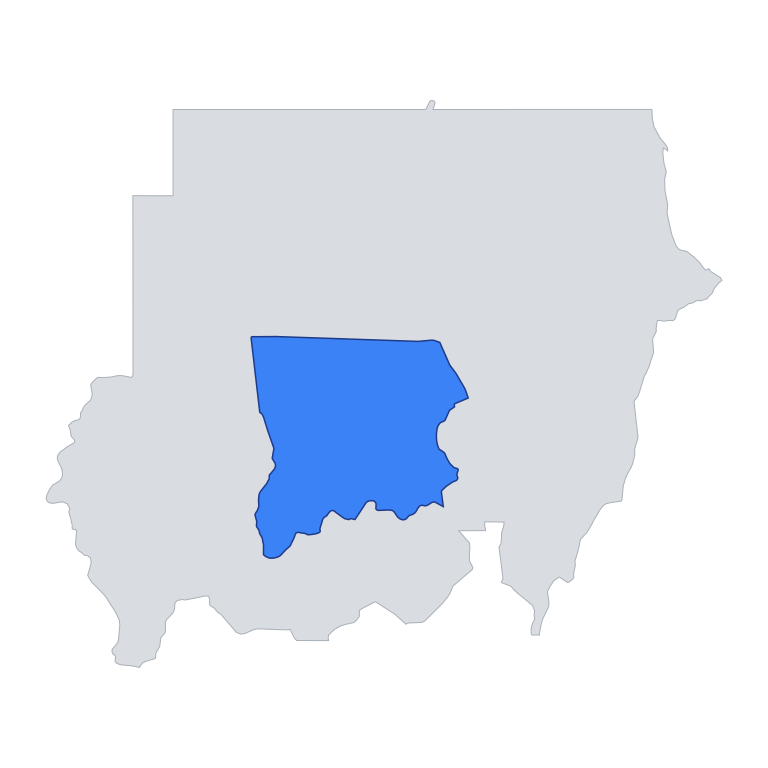 North Kordufan highlighted on a map of Sudan
{"feature_id": "SDN-883", "entity_name": "North Kordufan", "entity_type": "State", "adm_level": 1, "iso_a3": "SDN", "parent_name": "Sudan", "parent_adm1": "", "projection": "mercator", "projection_center": [29.791, 14.01], "detail": "fine", "context": "in_parent", "style": "filled", "palette": "blue", "viewbox_px": 768, "rotation_deg": 0, "n_neighbors": 0, "source": "natural_earth", "source_scale": "10m", "svg_char_len": 6683}
<svg xmlns="http://www.w3.org/2000/svg" viewBox="0 0 768 768"><path d="M539.5,635.0L531.9,635.0L531.1,633.2L531.2,628.3L532.1,624.6L534.8,618.7L534.1,615.5L534.6,610.8L532.6,605.6L514.5,590.5L511.0,586.3L501.3,582.5L503.0,578.2L499.0,547.2L501.0,543.6L501.5,538.2L501.5,533.4L503.8,525.4L504.1,522.1L484.8,521.8L484.6,525.3L485.5,529.1L485.4,530.6L458.7,530.7L469.4,542.9L469.9,548.3L469.3,554.9L469.4,559.2L470.0,562.0L472.9,567.4L472.7,568.4L472.1,569.7L453.1,585.9L449.9,593.4L447.4,597.4L441.9,604.0L424.6,621.2L421.7,622.4L408.5,623.0L407.3,623.4L406.2,624.2L405.7,624.0L394.4,613.9L375.4,601.7L362.8,608.1L359.4,610.4L359.3,616.3L357.4,619.2L354.0,622.5L344.7,624.6L339.9,626.3L334.2,629.6L328.5,635.1L328.1,638.0L328.7,640.6L296.7,640.5L294.6,638.4L289.9,629.3L286.7,629.9L257.4,628.8L253.3,629.8L244.9,633.5L240.7,634.1L236.4,632.4L221.0,614.4L217.7,612.3L214.2,608.0L210.9,606.1L209.8,604.8L209.5,602.8L209.6,598.9L208.5,596.4L206.0,595.8L185.4,600.0L182.4,599.5L178.1,600.3L176.6,601.0L174.9,603.4L174.6,608.3L174.0,610.8L172.5,613.5L166.6,619.6L165.3,622.3L165.5,629.0L165.2,632.4L164.3,633.9L161.7,636.5L160.8,638.0L159.7,646.6L156.5,651.8L155.8,653.6L155.6,657.3L155.1,658.5L145.7,661.4L142.2,663.3L140.1,666.2L139.6,667.5L135.6,666.5L130.5,665.7L120.7,664.8L116.9,663.4L115.0,661.4L115.6,656.2L114.6,655.1L113.1,654.1L112.0,651.9L112.2,649.2L117.4,643.2L118.5,640.0L119.8,624.9L119.4,620.3L115.3,611.8L106.0,597.2L103.7,594.3L91.9,582.3L90.6,580.5L87.7,575.4L90.9,564.2L91.1,561.1L90.3,557.9L87.3,555.5L84.7,555.3L81.2,552.3L78.9,550.9L76.9,548.3L75.5,544.6L76.5,531.4L75.8,529.6L72.8,529.2L72.1,528.2L72.3,525.7L70.6,518.2L68.8,511.9L69.8,508.5L67.3,503.8L62.5,501.8L53.1,503.3L50.2,503.0L48.2,502.2L46.8,500.4L46.1,498.4L46.7,495.3L49.4,489.7L52.7,485.1L59.5,480.9L61.3,478.6L62.3,476.1L62.5,473.3L62.0,470.2L61.3,467.5L59.3,463.8L57.4,459.5L57.4,456.6L58.3,454.6L60.1,452.1L66.8,447.1L73.6,443.1L74.8,441.6L74.4,439.9L71.2,436.5L70.2,430.0L68.5,425.5L72.0,422.0L74.5,420.8L78.6,419.7L80.1,418.3L80.6,415.6L80.5,412.9L81.9,411.0L83.8,406.8L85.4,404.9L90.7,400.0L91.8,396.8L92.2,393.8L90.7,384.5L93.8,380.6L97.6,377.4L103.2,377.6L111.8,376.9L117.7,375.6L121.9,375.6L131.5,377.4L132.5,376.6L133.0,374.2L132.9,195.7L172.6,195.8L173.1,195.5L173.1,109.5L423.9,109.5L426.0,109.2L429.9,101.1L431.6,100.5L434.2,101.0L435.1,102.9L433.0,109.5L651.9,109.4L652.4,119.3L654.2,127.2L660.4,138.5L665.6,144.6L667.5,147.9L667.7,149.4L667.5,150.9L665.9,149.2L663.2,148.1L662.8,153.4L664.1,164.1L666.3,171.7L664.7,178.6L664.9,190.4L667.7,204.5L667.1,213.5L671.7,234.4L676.1,245.9L678.5,248.8L681.2,250.3L686.5,251.3L694.2,257.2L700.4,263.4L702.5,266.6L705.5,270.2L707.5,269.5L708.8,268.6L710.8,271.5L720.5,277.7L721.9,280.5L718.4,283.3L714.4,288.2L712.4,292.7L711.4,294.1L708.1,297.0L707.6,298.3L706.2,299.2L704.7,299.2L701.4,300.8L698.4,300.3L695.4,301.1L694.3,302.2L691.9,303.1L688.6,303.7L683.6,307.4L679.2,309.3L677.7,310.8L675.4,318.4L673.7,320.4L667.1,320.6L663.9,321.2L659.6,320.4L657.5,320.5L656.9,322.1L656.1,328.6L656.3,331.4L652.6,338.8L653.6,352.5L650.1,362.9L649.6,365.2L646.0,373.4L644.2,376.4L639.6,391.6L637.9,396.3L634.0,401.2L638.0,437.7L634.7,448.8L634.8,454.9L632.6,463.8L630.8,468.0L627.9,473.0L625.4,478.5L623.3,485.9L621.9,499.8L621.2,501.1L609.6,502.8L606.0,503.8L603.6,505.3L600.6,508.9L594.7,518.6L591.6,524.6L586.7,532.8L581.1,538.5L579.9,541.4L579.0,546.6L576.9,554.9L575.0,560.7L575.3,565.5L573.6,573.6L573.8,577.6L571.8,579.9L569.2,582.0L567.4,582.5L559.3,577.0L553.7,580.8L550.2,586.1L547.4,591.4L549.0,602.8L548.8,605.2L548.1,607.9L542.7,619.0L541.2,624.1L539.5,632.9L539.5,635.0Z" fill="#d9dde1" stroke="#a8b0b8" stroke-width="1"/><path d="M366.0,502.8L355.1,519.4L354.4,519.5L353.6,519.3L352.9,519.0L352.1,518.8L351.1,518.7L349.9,519.0L348.8,519.6L344.8,518.7L342.1,517.0L339.5,515.0L336.8,513.1L334.0,510.9L332.8,510.5L331.3,510.7L330.2,511.3L328.3,513.5L326.8,515.7L325.1,516.8L323.9,517.6L322.6,519.6L321.7,523.0L320.3,527.2L319.8,529.3L320.3,530.6L320.0,531.9L318.8,532.8L316.2,533.7L311.6,534.5L309.2,534.7L307.5,534.7L306.1,533.9L304.2,533.2L301.2,533.0L299.1,532.4L297.4,532.4L295.9,533.2L295.0,535.0L294.6,536.5L293.3,539.5L291.6,542.8L290.4,545.6L288.7,547.3L286.4,549.2L283.6,552.1L281.9,554.0L280.4,555.5L278.3,556.8L276.2,557.5L273.6,558.1L269.4,558.1L265.8,556.6L263.5,554.7L263.5,544.8L262.2,538.1L259.5,533.2L259.4,532.2L259.2,530.9L258.7,529.9L256.7,526.8L256.5,526.3L256.5,526.0L256.5,523.9L256.7,522.4L256.7,521.8L256.7,521.3L255.2,515.7L255.1,514.7L255.1,514.2L255.3,513.7L257.5,510.1L258.6,507.0L258.7,506.5L258.8,506.0L258.8,505.4L258.5,500.4L259.0,494.8L259.2,494.2L260.3,491.7L266.4,483.9L267.3,482.5L267.8,481.2L269.0,479.4L269.1,478.9L269.3,475.7L269.4,475.1L269.5,474.7L270.1,474.2L274.2,469.3L274.7,468.5L274.8,468.2L275.4,466.2L275.5,464.6L275.0,463.1L272.5,458.9L272.4,458.6L272.2,458.3L272.3,457.8L273.9,448.3L267.9,431.2L263.6,417.3L261.9,413.9L260.3,412.9L259.9,412.4L259.7,411.9L251.1,337.8L251.4,337.1L251.9,336.7L273.4,336.6L274.4,336.5L418.0,341.4L432.0,340.1L434.0,340.4L439.8,342.4L449.8,365.1L456.0,373.4L464.7,388.3L465.8,390.9L468.2,398.0L455.3,403.5L454.7,403.9L454.3,404.4L454.3,405.2L454.4,405.9L454.6,406.5L454.4,406.9L449.8,410.1L449.6,410.3L449.4,410.5L445.2,420.0L444.8,420.5L444.5,420.8L444.1,421.0L443.2,421.5L442.0,421.9L440.5,422.7L440.1,422.9L439.6,423.5L438.1,425.7L437.2,428.3L437.1,428.6L436.4,434.1L436.5,439.7L437.1,443.4L437.7,445.6L438.3,447.2L438.6,448.1L438.8,448.5L438.9,448.8L439.0,449.0L440.0,449.8L441.5,450.6L443.2,452.0L444.1,452.5L444.4,452.8L444.8,453.5L447.2,459.0L449.8,463.4L450.9,464.6L452.0,465.7L452.4,466.1L453.4,467.1L453.7,467.4L454.6,467.8L456.9,468.4L457.1,468.5L457.7,468.9L457.9,469.1L458.1,469.3L458.2,469.7L458.1,470.3L457.0,473.7L456.9,474.4L456.9,474.9L457.0,475.4L457.5,476.8L457.7,477.7L457.8,478.0L457.7,478.2L457.7,478.5L457.6,478.9L457.3,479.3L456.8,480.0L456.6,480.3L456.3,480.5L452.8,481.9L446.4,486.2L442.5,489.8L441.6,490.9L441.4,491.2L441.5,492.9L443.3,506.6L435.4,502.3L434.4,502.0L433.5,502.0L432.2,502.3L427.7,505.1L426.4,505.6L425.5,505.8L424.6,505.8L422.5,505.3L421.4,505.3L420.2,505.7L419.1,506.6L418.1,507.8L415.9,511.7L414.9,512.8L413.6,513.8L412.3,514.5L410.0,515.3L409.2,515.6L408.8,516.0L408.3,516.4L406.7,518.4L405.7,519.1L404.7,519.6L403.6,519.8L402.6,519.8L401.5,519.5L400.2,519.0L398.6,517.9L397.4,516.7L394.0,511.7L393.0,510.9L392.0,510.4L389.0,510.0L378.5,510.4L377.3,510.2L376.4,509.5L376.0,509.0L375.9,508.4L376.1,504.3L376.0,503.7L375.9,503.2L375.6,502.7L374.9,501.8L374.5,501.3L374.2,501.2L373.8,501.0L373.2,500.8L372.0,500.7L370.5,500.7L368.9,501.0L367.4,501.6L366.0,502.8Z" fill="#3b82f6" stroke="#1e3a8a" stroke-width="1.5"/></svg>